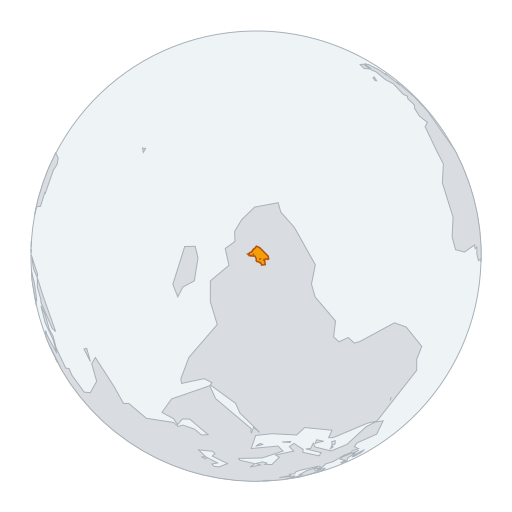 Central on an orthographic globe, rotated 173°
{"feature_id": "BWA-2630", "entity_name": "Central", "entity_type": "District", "adm_level": 1, "iso_a3": "BWA", "parent_name": "Botswana", "parent_adm1": "", "projection": "orthographic", "projection_center": [27.183, -21.474], "detail": "fine", "context": "on_globe", "style": "filled", "palette": "amber", "viewbox_px": 512, "rotation_deg": 173, "n_neighbors": 0, "source": "natural_earth", "source_scale": "10m", "svg_char_len": 6718}
<svg xmlns="http://www.w3.org/2000/svg" viewBox="0 0 512 512"><g transform="rotate(173 256 256)"><circle cx="256" cy="256" r="225" fill="#eef3f6" stroke="#a8b0b8"/><path d="M33.2,222.7L33.0,226.1L35.8,224.2L36.5,231.3L35.7,237.9L37.6,236.6L37.7,240.3L48.6,234.5L57.2,238.0L59.0,250.9L55.7,270.5L62.1,305.8L58.8,324.6L64.2,339.2L72.4,363.8L69.6,367.7L76.8,375.0L80.6,383.1L80.5,386.9L86.1,393.5L86.3,396.2L90.1,398.5L98.7,410.2L105.9,415.2L114.3,424.1L119.0,426.7L119.1,427.7L121.4,430.2L124.4,432.2L121.2,432.4L110.9,425.5L105.2,420.2L105.2,421.0L92.1,407.8L95.1,411.6L79.6,394.9L68.0,378.8L45.7,336.8L44.9,334.7L39.8,319.3L35.8,303.5L32.9,287.5L31.2,271.3L30.7,255.1L31.4,238.8L33.2,222.7ZM129.3,433.3L122.8,433.3L125.2,432.7L120.0,427.7L125.9,429.0L129.3,433.3ZM116.9,419.4L114.9,415.3L116.5,415.7L118.2,418.6L116.9,419.4ZM273.8,31.4L276.7,31.7L273.8,31.6L265.3,31.0L272.9,32.0L272.4,31.6L276.8,32.1L279.1,32.0L282.4,32.3L280.2,32.0L284.4,32.5L285.3,32.6L286.9,32.8L303.2,35.7L319.2,39.8L334.9,45.0L350.2,51.3L364.9,58.8L379.1,67.3L392.6,76.9L405.4,87.4L417.4,98.8L428.5,111.0L438.6,124.1L447.8,137.8L456.0,152.2L463.0,167.2L463.9,169.9L473.1,196.4L474.5,202.4L473.9,207.7L473.0,202.9L465.5,183.8L467.5,197.2L473.4,215.7L475.5,232.8L472.5,223.5L470.0,208.3L467.2,201.2L465.5,188.9L458.5,167.9L455.3,167.1L453.2,160.0L443.1,141.8L437.1,140.6L429.4,151.0L432.2,169.1L427.8,174.8L412.7,143.5L405.5,125.8L400.3,125.2L384.6,108.3L358.1,100.8L354.1,96.4L349.2,97.1L338.1,91.6L331.9,85.0L325.3,84.5L341.7,102.2L348.8,103.2L354.4,98.3L357.7,104.6L368.4,112.2L357.3,124.4L317.7,132.9L313.5,119.4L281.8,85.2L282.6,82.0L282.4,81.6L282.0,81.0L279.4,86.2L273.8,80.4L291.1,102.1L294.2,112.2L317.1,133.6L315.1,135.6L322.4,140.6L345.4,138.6L345.6,143.2L334.9,163.6L302.8,192.7L306.9,216.3L304.3,236.9L284.0,250.0L285.6,267.2L275.1,273.0L274.2,283.1L265.7,293.9L251.4,304.7L227.5,306.2L226.1,296.7L214.4,279.6L198.2,240.0L204.4,221.3L202.3,208.1L185.0,181.8L188.8,166.2L184.1,160.7L174.4,163.8L169.0,157.6L163.2,158.5L126.7,172.8L115.6,167.2L102.5,146.1L109.1,133.8L110.4,123.0L156.1,77.4L165.7,76.5L201.6,66.3L206.1,66.8L201.7,73.8L228.6,79.8L237.4,73.4L261.8,77.7L278.2,77.9L284.2,65.5L257.4,64.7L252.9,59.1L274.5,54.8L297.9,57.2L296.8,55.2L282.2,49.9L287.6,47.3L277.1,48.0L281.3,50.0L274.8,50.9L270.5,49.2L272.6,48.1L265.6,47.1L257.4,53.4L260.8,56.1L242.3,57.8L246.2,62.7L241.2,65.4L232.7,58.2L233.6,55.5L217.8,50.0L215.2,52.8L230.0,58.5L225.3,58.3L221.9,63.2L220.8,59.3L205.4,53.4L188.9,57.8L167.5,73.1L157.8,76.7L149.9,76.9L157.9,64.5L178.5,58.2L181.6,54.8L177.7,52.3L184.3,50.9L185.2,49.4L193.0,47.5L204.3,42.6L212.3,41.1L216.9,37.5L221.6,36.5L217.5,38.7L219.0,39.8L238.8,37.9L242.7,37.0L244.2,35.2L249.4,35.3L248.3,33.8L259.8,33.2L244.7,33.0L246.0,31.9L253.0,31.1L250.8,31.0L239.3,32.4L237.1,33.1L239.6,33.6L231.4,36.9L224.5,38.1L222.9,35.3L212.9,37.1L216.0,35.1L238.2,31.4L256.0,30.7L273.8,31.4ZM140.4,96.3L139.1,99.5L140.4,96.3ZM322.9,67.5L336.7,70.6L330.0,62.6L334.7,63.4L330.7,60.7L329.4,62.1L319.4,55.3L325.2,54.9L323.2,52.3L318.5,51.2L309.5,53.4L323.8,62.7L320.8,64.9L322.9,67.5ZM182.6,45.3L185.1,45.0L182.0,46.9L171.9,50.6L176.3,47.8L182.6,45.3ZM189.5,44.5L190.7,41.7L197.0,39.9L193.3,41.3L197.4,40.3L192.4,42.4L197.3,44.1L194.8,46.0L177.5,50.7L184.5,47.8L181.6,48.0L189.5,44.5ZM211.3,63.8L214.8,63.7L220.2,62.8L218.1,66.2L211.3,63.8ZM200.5,59.7L203.7,58.9L203.4,62.6L199.8,63.0L200.5,59.7ZM205.7,55.6L203.9,58.5L202.7,57.2L205.7,55.6ZM220.5,38.1L223.9,37.5L224.2,37.9L222.2,38.8L220.5,38.1ZM279.5,67.3L274.7,69.5L272.3,68.2L274.4,67.7L279.5,67.3ZM244.9,66.8L252.7,68.2L244.2,67.7L244.9,66.8ZM355.2,372.6L355.5,377.0L352.5,376.2L355.2,372.6ZM342.0,238.0L325.6,274.1L315.2,273.0L313.8,261.3L320.2,238.9L332.4,234.1L338.6,225.0L342.0,238.0ZM478.0,293.3L477.4,297.4L477.3,298.3L478.0,293.3ZM478.8,286.7L478.6,290.5L478.5,288.3L478.8,286.7ZM478.2,292.9L478.4,292.0L478.3,292.6L478.2,292.9ZM478.8,284.4L476.5,271.7L474.9,264.2L475.9,261.7L478.4,270.4L478.8,284.4ZM475.7,261.2L472.5,243.8L464.1,205.4L467.2,209.1L475.2,236.6L474.8,239.0L476.8,251.4L475.7,261.2ZM481.3,258.7L481.2,260.5L480.7,269.2L480.0,261.4L479.3,256.8L479.0,242.7L479.2,237.9L479.9,240.6L480.2,233.9L481.3,258.7ZM433.2,171.3L438.1,184.7L435.3,185.0L433.2,171.3ZM467.6,178.8L467.3,177.9L466.2,174.9L466.2,175.0L467.6,178.8ZM442.3,382.7L440.4,377.4L442.2,371.3L446.6,366.0L457.8,343.3L457.7,345.1L463.8,331.6L467.7,331.6L470.7,324.3L465.2,339.6L458.6,354.5L451.0,368.9L442.3,382.7Z" fill="#d9dde1" stroke="#a8b0b8" stroke-width="1"/><path d="M251.5,246.3L251.4,246.5L251.4,246.8L251.5,246.9L251.6,247.1L252.1,248.3L252.3,248.5L252.5,248.5L252.8,248.6L252.8,248.8L253.0,248.9L253.0,249.0L253.3,249.2L253.5,249.3L253.7,249.5L253.8,249.6L254.1,249.7L254.1,249.8L254.3,249.9L254.3,250.0L254.5,250.0L255.0,250.2L255.3,250.2L255.5,250.3L255.7,250.5L255.8,250.5L256.0,250.5L256.3,251.1L256.4,251.6L256.3,252.2L256.3,252.4L256.2,252.6L256.2,253.0L256.1,253.3L256.1,253.5L256.2,253.9L256.3,254.1L256.5,254.4L256.6,254.8L256.7,255.1L256.8,255.5L256.9,255.8L257.1,256.0L257.4,256.1L257.7,256.1L258.0,256.2L258.5,256.2L258.7,256.3L259.0,256.3L259.3,256.4L259.6,256.5L260.0,256.5L260.3,256.6L260.6,256.7L260.7,256.8L260.7,256.7L260.8,256.7L261.0,256.7L261.3,256.7L261.4,256.8L261.6,256.9L262.1,257.1L262.5,257.2L262.6,257.3L262.8,257.3L262.8,257.5L262.7,257.6L262.7,257.9L262.7,258.0L262.8,258.2L262.9,258.3L263.0,258.4L263.5,258.4L263.5,258.5L263.9,258.9L263.7,258.9L263.4,258.8L263.2,259.0L262.8,259.0L262.7,259.1L262.5,259.3L262.5,259.6L262.4,259.7L262.3,259.8L262.1,259.9L262.0,260.0L261.9,260.0L261.6,260.1L261.4,260.3L261.2,260.3L260.9,260.4L260.6,260.3L260.3,260.3L260.2,260.4L260.1,260.5L259.9,260.7L259.7,260.7L259.6,260.9L259.5,261.0L259.4,261.2L259.3,261.3L259.2,261.3L259.2,261.5L259.0,261.8L258.9,261.8L258.7,261.9L258.7,262.0L258.8,262.1L258.7,262.2L258.6,262.3L258.4,262.4L258.3,262.5L258.2,262.5L258.1,262.8L257.9,262.8L257.7,262.9L257.5,263.0L257.4,263.0L257.4,263.3L257.2,263.5L256.9,263.6L256.7,263.6L256.4,263.8L256.2,263.9L256.0,264.0L255.9,264.0L255.7,264.2L255.7,264.3L255.6,264.5L255.4,264.6L255.2,264.8L255.1,265.0L254.9,265.0L254.8,265.3L254.7,265.4L254.5,265.5L254.4,265.7L251.8,264.2L251.3,263.6L251.2,263.4L250.8,263.3L250.8,263.2L249.7,261.8L243.9,254.3L243.8,251.6L244.0,251.6L244.3,251.5L244.2,251.4L244.3,251.3L244.5,251.3L244.5,251.2L244.8,251.1L245.0,251.3L245.3,251.5L245.5,251.6L245.6,251.8L245.8,251.9L246.0,251.8L248.5,251.6L248.6,250.6L247.9,250.3L247.9,250.2L247.9,246.3L251.5,246.3L251.5,246.3ZM252.4,252.4L252.2,252.4L252.1,252.5L252.4,252.6L252.6,252.6L252.6,252.4L252.4,252.4L252.4,252.4ZM258.4,258.1L258.5,258.0L258.5,257.9L258.4,257.8L258.3,258.0L258.4,258.1Z" fill="#f59e0b" stroke="#b45309" stroke-width="1.5"/></g></svg>